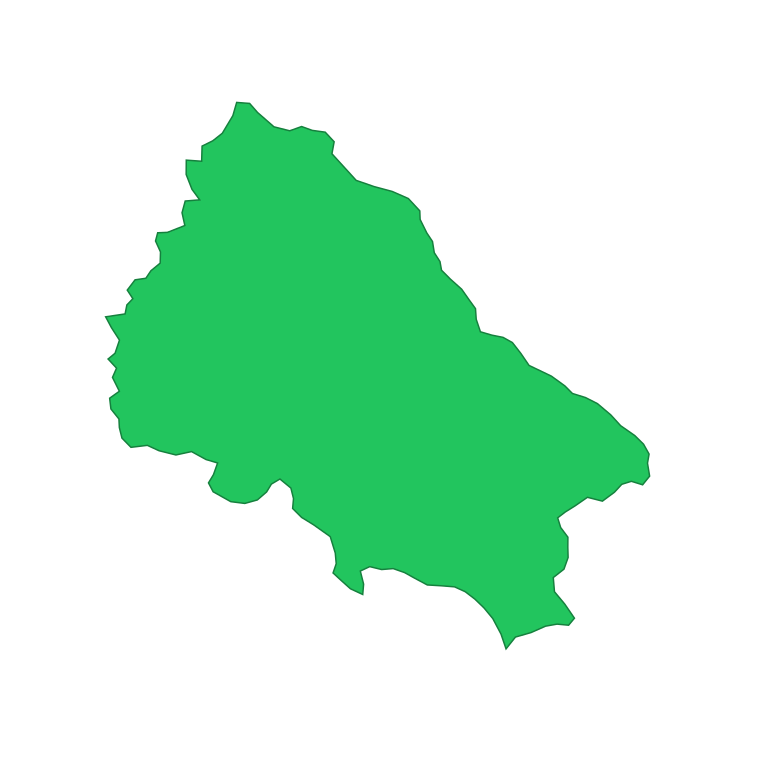 Arceburgo, Minas Gerais, Brazil (Equal Earth projection), rotated 117°
{"feature_id": "56859067B4673789538308", "entity_name": "Arceburgo", "entity_type": "district", "adm_level": 2, "iso_a3": "BRA", "parent_name": "Brazil", "parent_adm1": "Minas Gerais", "projection": "equal_earth", "projection_center": [-46.936, -21.353], "detail": "fine", "context": "isolated", "style": "filled", "palette": "green", "viewbox_px": 768, "rotation_deg": 117, "n_neighbors": 0, "source": "geoboundaries", "source_scale": "gbopen_adm2", "svg_char_len": 1959}
<svg xmlns="http://www.w3.org/2000/svg" viewBox="0 0 768 768"><g transform="rotate(117 384 384)"><path d="M564.6,155.0L549.8,152.0L538.7,140.1L526.5,130.2L519.4,120.8L515.1,110.0L506.2,108.0L498.0,123.1L491.7,137.8L479.6,145.3L467.3,139.6L455.0,141.2L446.2,146.0L437.0,150.6L431.7,161.4L424.4,168.5L415.8,164.4L405.8,158.4L392.6,151.3L389.2,136.2L375.7,129.5L365.4,126.6L358.4,119.4L356.4,107.8L345.5,105.5L334.9,113.3L326.1,116.0L319.8,125.4L316.1,137.1L313.7,154.3L308.6,167.8L304.6,184.8L304.6,198.3L306.9,211.8L303.6,221.9L301.0,238.4L301.6,263.2L294.6,276.0L288.8,288.4L288.4,299.1L291.5,310.1L293.7,321.8L284.5,331.2L275.3,336.7L270.5,346.1L264.3,357.8L260.4,372.5L256.5,384.4L249.5,389.7L244.2,398.8L235.0,405.5L230.0,414.4L221.0,426.5L213.5,430.7L207.7,446.5L208.7,464.1L212.6,482.5L215.2,501.2L202.5,534.9L190.8,538.4L186.3,550.7L190.6,563.1L192.0,574.3L201.2,583.0L204.8,598.8L199.5,619.9L195.0,631.1L200.0,643.1L213.5,640.5L234.0,641.9L245.1,647.0L254.6,654.1L268.3,647.6L274.3,661.8L287.1,655.4L297.7,643.5L303.6,631.8L311.2,644.2L323.1,641.7L333.2,633.4L347.2,645.8L352.0,654.3L360.3,652.5L367.8,643.1L377.9,638.3L388.9,643.1L397.9,644.2L404.2,653.1L416.9,655.4L422.0,646.5L430.3,649.0L439.1,646.5L450.5,662.5L457.5,652.5L465.0,639.6L478.7,637.6L487.0,641.2L491.3,629.5L501.4,628.9L510.6,616.5L521.2,622.0L530.2,616.0L535.5,604.3L543.0,600.0L551.2,592.9L555.3,580.7L546.1,567.0L545.6,554.2L541.7,537.2L531.6,524.8L532.1,508.3L529.9,496.4L542.2,494.8L551.8,495.5L557.6,487.3L558.4,467.1L553.6,453.8L544.8,444.2L533.5,439.6L524.3,438.9L515.9,433.6L519.0,419.7L527.2,412.6L536.4,408.9L540.3,396.8L541.4,383.0L544.4,362.6L556.7,350.7L565.8,345.0L575.5,343.6L578.6,332.6L581.7,320.9L581.2,307.4L571.6,311.3L561.4,320.2L553.2,313.8L550.4,301.9L544.3,292.0L542.7,280.1L543.1,268.9L543.4,254.2L537.8,241.4L532.7,229.0L532.2,217.3L534.4,205.4L538.1,193.3L543.6,180.6L553.7,166.2L564.6,155.0Z" fill="#22c55e" stroke="#15803d" stroke-width="1.5"/></g></svg>